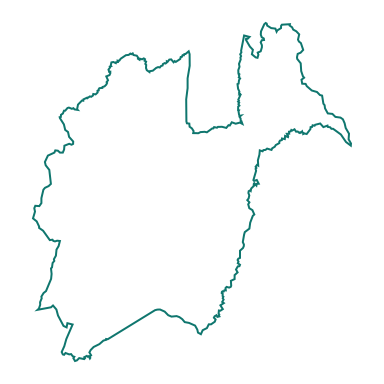 outline of Isoka, Muchinga, Zambia
{"feature_id": "96606910B95554535134500", "entity_name": "Isoka", "entity_type": "district", "adm_level": 2, "iso_a3": "ZMB", "parent_name": "Zambia", "parent_adm1": "Muchinga", "projection": "natural_earth1", "projection_center": [32.81, -10.022], "detail": "fine", "context": "isolated", "style": "outline", "palette": "teal", "viewbox_px": 384, "rotation_deg": 0, "n_neighbors": 0, "source": "geoboundaries", "source_scale": "gbopen_adm2", "svg_char_len": 5829}
<svg xmlns="http://www.w3.org/2000/svg" viewBox="0 0 384 384"><path d="M219.3,316.4L218.8,315.7L219.3,314.6L218.6,313.6L218.9,310.5L220.4,310.7L222.8,309.1L220.4,305.3L223.8,303.1L222.2,301.9L223.6,299.6L222.7,298.2L223.4,296.7L222.6,296.0L222.7,293.8L221.7,293.1L221.9,291.9L222.5,291.3L223.6,291.6L224.4,290.3L225.8,290.4L225.5,288.1L226.6,286.9L229.1,287.6L230.7,286.9L231.2,285.8L230.9,280.8L234.6,279.1L234.6,275.1L237.6,272.4L236.0,269.5L237.8,266.4L239.4,266.2L240.0,264.8L237.8,263.2L238.5,261.7L237.6,260.0L238.3,258.7L240.0,257.9L240.0,250.7L243.0,248.0L243.8,246.1L243.9,244.5L242.8,242.1L244.1,234.6L244.8,232.1L249.4,228.6L250.2,222.7L252.8,215.8L254.3,214.5L252.4,210.1L249.3,208.2L248.2,204.3L249.4,202.3L247.3,200.1L248.6,198.5L249.3,195.4L248.4,193.0L248.7,191.2L250.0,190.4L250.7,191.0L251.2,188.5L254.6,185.2L253.7,184.9L253.9,183.5L254.3,183.2L256.4,185.5L256.7,183.9L258.7,183.7L256.8,180.0L254.1,180.9L253.4,180.1L256.1,170.8L255.6,168.9L256.4,168.0L255.6,166.8L257.0,164.9L258.2,165.6L257.9,160.3L259.4,154.7L259.8,150.4L262.6,151.3L263.4,150.1L265.5,149.9L267.1,148.6L271.5,149.9L272.2,148.3L274.8,146.7L275.7,145.1L279.3,143.1L279.3,141.7L280.0,140.6L281.8,140.1L282.0,138.5L284.8,139.1L285.1,135.9L288.0,137.1L288.2,136.2L286.9,133.8L289.2,133.7L289.0,131.7L290.6,131.4L291.3,130.0L292.1,130.6L294.5,129.3L296.1,131.7L297.7,131.5L299.3,132.9L300.1,132.3L300.7,132.8L302.1,131.4L302.4,132.5L303.4,132.9L303.3,134.0L304.6,133.5L306.7,134.0L310.4,129.1L310.6,127.1L312.1,126.9L312.6,125.3L314.6,125.7L315.1,124.8L320.2,123.5L323.4,127.1L327.5,125.6L327.8,126.9L330.2,127.3L331.4,128.8L333.1,128.8L340.9,134.5L346.0,142.0L350.8,145.6L351.0,143.5L348.6,139.3L349.0,133.7L345.7,128.0L344.6,123.2L342.9,119.3L340.5,117.6L335.4,116.9L332.4,113.9L327.8,113.4L325.0,108.3L324.6,105.2L323.4,103.7L322.1,95.6L319.9,95.0L317.0,92.0L311.8,90.5L306.8,86.2L305.6,83.9L302.2,83.7L301.5,79.7L304.1,77.7L302.9,76.2L301.2,71.1L300.7,63.3L297.2,58.9L297.0,57.2L297.7,53.9L300.6,52.7L303.2,49.9L300.9,43.1L298.9,41.5L298.0,39.6L299.2,34.4L296.3,31.3L293.2,29.6L292.1,27.3L289.6,25.5L289.9,24.2L281.9,24.7L281.1,25.8L281.0,28.1L277.3,30.4L276.6,31.7L275.4,28.6L271.2,28.1L267.2,25.6L266.7,23.6L265.7,23.0L264.3,24.2L261.0,31.4L260.8,34.7L261.7,37.2L263.8,38.5L264.0,40.0L261.9,40.2L260.7,42.3L261.9,45.2L261.9,47.3L260.7,51.3L257.7,52.6L258.4,54.7L257.5,57.8L255.7,57.4L251.9,54.3L252.9,49.8L249.9,46.6L246.0,39.9L246.1,38.7L247.6,38.8L249.5,36.9L244.1,35.5L241.1,50.8L241.4,52.3L240.2,54.3L241.1,56.1L240.4,57.6L240.7,59.4L239.0,63.9L239.5,66.8L238.3,70.1L238.4,73.2L239.2,74.0L238.7,74.3L239.3,76.3L238.8,77.4L240.1,78.4L239.0,80.2L238.6,83.6L237.5,84.1L238.1,88.8L239.4,91.6L239.0,93.0L239.9,93.7L239.3,94.6L240.5,94.8L238.3,99.7L239.0,100.8L238.1,101.7L239.2,102.7L238.4,104.1L239.4,105.6L238.2,106.5L238.1,110.1L239.0,110.3L238.5,111.2L239.1,114.9L239.7,115.8L240.9,115.6L239.5,116.8L240.6,118.5L240.7,120.9L241.4,121.1L242.4,123.9L239.9,122.6L235.7,123.7L231.8,122.3L229.8,125.5L228.5,125.2L226.3,127.9L222.0,126.8L217.9,126.9L217.0,127.7L214.1,127.1L213.4,128.4L212.3,128.4L206.9,132.3L204.6,131.8L200.5,132.1L198.4,133.2L193.2,133.1L193.6,131.1L191.9,128.4L189.6,126.7L189.3,123.6L186.9,123.3L186.4,121.4L186.2,99.3L187.6,88.1L187.6,78.3L189.7,65.8L189.6,54.2L188.7,51.3L185.5,54.0L184.3,54.1L183.9,55.3L182.6,55.2L181.8,56.9L180.7,57.0L180.2,59.0L175.8,61.9L174.7,61.1L173.6,62.3L171.2,59.4L169.3,59.6L167.7,61.7L166.8,61.3L166.8,62.5L165.6,63.5L164.7,63.1L162.9,64.1L162.6,65.5L160.9,66.1L159.8,67.5L158.1,67.1L156.2,67.9L152.8,70.7L149.7,71.2L149.5,72.1L146.8,70.2L146.0,68.0L146.2,64.9L145.3,63.9L146.1,61.6L144.5,60.7L145.0,59.2L143.8,58.4L142.0,59.3L139.9,58.7L139.6,59.8L137.9,58.7L138.1,57.6L136.8,55.7L133.4,55.0L132.7,53.4L131.2,54.2L130.3,53.6L128.7,54.9L125.9,55.2L120.7,58.7L119.3,60.7L117.6,60.6L117.9,62.0L116.0,62.3L115.8,63.1L113.3,62.0L111.4,62.4L110.7,65.7L111.1,66.1L109.8,66.6L110.1,67.4L108.5,69.6L109.2,71.9L110.3,71.7L110.3,73.3L109.5,75.1L106.3,76.4L108.0,80.3L106.6,82.1L107.1,82.9L106.3,84.6L104.5,86.4L102.5,87.0L102.4,87.9L99.4,88.2L98.6,89.4L98.7,90.4L97.5,90.8L97.6,92.5L95.6,94.4L93.3,94.0L92.9,95.6L91.2,96.8L89.9,96.4L87.3,98.2L87.0,97.7L83.4,99.4L83.3,100.7L82.0,100.5L78.0,104.6L77.1,109.2L77.7,109.9L74.5,109.4L73.4,108.2L71.9,108.8L68.9,107.6L67.5,108.0L65.2,110.7L64.0,110.7L62.9,113.5L61.0,114.8L60.8,117.0L59.7,117.2L59.9,118.1L63.9,124.4L65.2,129.9L68.0,132.0L69.1,136.9L73.2,141.5L73.1,143.9L71.6,144.7L69.2,143.8L64.4,145.7L64.1,149.5L62.8,152.6L60.0,152.6L57.9,150.7L55.3,150.4L54.4,152.6L47.9,155.6L44.9,162.0L45.7,165.3L49.3,169.9L50.9,183.9L48.6,186.1L45.0,187.8L43.4,189.7L41.4,198.2L41.4,203.1L39.3,206.1L35.3,205.8L34.3,208.2L35.0,211.6L33.0,218.4L36.7,221.4L39.1,226.5L39.1,227.9L43.1,230.7L49.8,240.1L52.5,239.7L53.3,240.9L55.0,241.4L57.1,240.7L59.9,241.0L58.6,246.1L56.5,249.6L55.9,255.7L53.9,259.2L54.3,260.9L52.6,263.0L52.0,267.4L51.0,268.4L51.6,273.9L51.1,278.9L46.0,291.1L43.6,293.0L41.4,296.6L41.7,298.3L40.1,302.2L40.2,304.8L38.9,308.6L37.6,309.8L51.0,307.3L53.0,305.5L56.4,309.5L58.0,315.5L63.5,325.9L66.6,327.4L67.4,323.2L72.6,324.5L66.3,339.1L64.3,346.2L61.7,352.0L62.8,354.4L64.1,354.8L65.5,353.0L69.2,354.4L71.1,354.1L72.7,356.2L74.3,356.8L73.4,358.2L75.0,361.0L76.9,360.4L79.2,358.1L84.2,359.1L85.0,358.2L84.3,357.2L86.8,355.9L87.6,356.7L88.7,356.2L89.9,358.5L90.3,357.9L89.7,356.4L91.1,355.3L89.4,352.4L90.7,350.0L93.6,347.0L99.4,344.1L103.4,340.6L106.2,339.8L106.2,339.0L107.8,339.2L155.0,310.2L157.3,309.6L160.0,309.5L164.7,311.6L168.2,315.2L171.5,316.6L176.6,316.1L179.4,317.1L182.3,319.2L184.7,322.1L189.0,322.9L195.1,325.6L197.3,329.6L198.0,332.6L200.9,334.2L202.7,330.2L206.9,328.1L208.8,324.3L211.1,324.3L214.8,321.7L215.6,319.5L213.9,317.7L214.6,316.3L216.5,315.2L217.4,316.9L219.3,316.4Z" fill="none" stroke="#0f766e" stroke-width="2"/></svg>